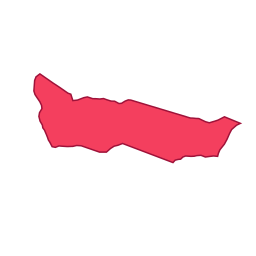 the district of Américo Brasiliense, São Paulo, Brazil, rotated 20°
{"feature_id": "56859067B22191698806388", "entity_name": "Américo Brasiliense", "entity_type": "district", "adm_level": 2, "iso_a3": "BRA", "parent_name": "Brazil", "parent_adm1": "São Paulo", "projection": "albers", "projection_center": [-48.034, -21.724], "detail": "fine", "context": "isolated", "style": "filled", "palette": "rose", "viewbox_px": 256, "rotation_deg": 20, "n_neighbors": 0, "source": "geoboundaries", "source_scale": "gbopen_adm2", "svg_char_len": 1159}
<svg xmlns="http://www.w3.org/2000/svg" viewBox="0 0 256 256"><g transform="rotate(20 128 128)"><path d="M232.0,85.2L214.8,84.5L210.0,89.7L207.6,91.6L202.6,95.3L198.7,95.6L195.3,95.3L191.3,94.9L188.8,95.7L185.7,96.5L183.2,97.3L121.1,100.8L118.6,101.5L116.0,103.8L113.5,107.0L111.1,108.1L106.3,107.4L102.9,108.5L98.4,108.7L94.9,108.7L91.6,110.4L88.0,111.4L84.8,112.5L79.2,112.7L76.1,114.6L70.9,119.1L66.8,121.1L62.7,115.8L59.6,115.8L50.6,113.4L42.6,111.5L26.7,107.3L24.1,111.3L24.0,115.2L26.9,125.4L29.2,128.4L31.5,130.1L36.2,133.5L39.0,136.3L40.5,139.2L39.6,143.8L40.3,147.6L43.0,151.6L46.5,154.5L47.9,157.0L50.2,158.5L53.5,162.0L55.7,164.5L57.3,166.5L59.5,168.2L63.1,171.5L66.4,171.0L69.2,168.5L72.8,167.5L77.3,166.2L82.5,164.1L85.7,162.0L90.1,160.7L102.8,160.5L109.4,160.4L116.0,158.0L118.6,153.2L121.2,149.8L124.4,147.7L128.2,144.4L182.1,145.1L183.3,142.1L185.8,140.4L188.1,139.3L189.5,136.5L191.7,134.6L196.9,133.1L199.8,131.9L202.1,130.4L205.9,128.7L210.6,128.8L214.6,126.7L218.0,125.0L221.9,124.0L221.6,120.8L221.8,117.0L224.1,110.2L224.9,104.8L225.3,98.4L225.9,94.0L229.0,88.3L232.0,85.2Z" fill="#f43f5e" stroke="#9f1239" stroke-width="1.5"/></g></svg>